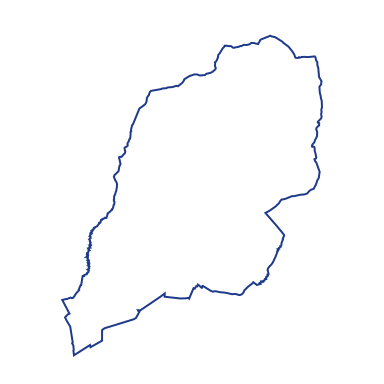 outline of Ciumani, Harghita, Romania, rotated 170°
{"feature_id": "2599482B61629303727972", "entity_name": "Ciumani", "entity_type": "district", "adm_level": 2, "iso_a3": "ROU", "parent_name": "Romania", "parent_adm1": "Harghita", "projection": "orthographic", "projection_center": [25.481, 46.64], "detail": "fine", "context": "isolated", "style": "outline", "palette": "blue", "viewbox_px": 384, "rotation_deg": 170, "n_neighbors": 0, "source": "geoboundaries", "source_scale": "gbopen_adm2", "svg_char_len": 5984}
<svg xmlns="http://www.w3.org/2000/svg" viewBox="0 0 384 384"><g transform="rotate(170 192 192)"><path d="M101.2,326.2L105.6,328.1L107.7,328.5L109.4,327.6L111.5,327.3L112.9,327.3L115.5,328.0L117.0,327.4L118.2,327.1L119.0,327.4L120.8,326.9L126.0,326.8L126.9,327.3L128.1,328.8L131.3,329.5L132.7,330.2L133.5,330.0L134.3,330.4L135.5,329.0L136.8,328.2L140.8,323.6L142.3,322.5L143.0,320.6L142.9,320.3L144.5,317.8L145.5,316.4L146.9,315.8L146.9,314.5L147.4,312.7L147.4,311.2L147.1,310.3L147.3,309.2L148.4,308.3L150.9,306.8L152.3,306.3L155.7,305.9L157.2,306.0L159.0,304.9L164.1,305.4L166.6,306.9L169.2,307.4L174.5,306.6L180.1,304.3L180.7,303.0L182.6,301.2L187.4,298.6L189.1,299.3L193.1,298.7L197.5,299.2L199.4,298.7L203.2,299.1L204.4,298.7L214.7,298.7L215.6,298.3L217.1,296.2L217.6,294.9L218.9,293.9L220.1,292.4L221.0,289.2L221.9,287.7L223.1,286.4L229.3,283.3L238.4,268.9L239.3,268.3L241.2,264.0L241.3,262.4L241.9,262.2L242.9,257.8L243.7,255.3L244.2,255.2L245.4,253.3L245.5,252.8L246.9,251.4L247.3,250.3L247.1,249.3L247.4,248.7L248.3,248.1L250.0,247.7L250.8,247.0L250.9,245.6L250.6,243.6L251.5,241.7L253.3,240.6L254.8,239.1L255.7,238.8L256.5,239.2L257.9,238.8L257.6,234.5L257.7,233.7L257.5,232.1L258.3,230.8L258.7,230.6L259.3,229.3L260.1,227.3L260.2,226.5L261.0,225.0L265.4,222.1L266.3,220.6L265.7,217.6L264.6,214.4L264.5,212.7L265.1,210.0L266.5,206.1L267.1,205.3L268.3,202.6L268.8,202.3L269.7,200.4L269.9,198.5L270.4,197.9L270.3,197.0L270.5,196.7L270.1,196.0L270.2,194.8L270.9,193.1L271.4,192.9L272.3,190.6L273.1,189.3L273.6,189.2L274.0,188.2L274.4,188.2L276.2,186.8L278.8,185.6L279.1,184.5L280.8,181.3L281.2,181.3L282.3,181.8L283.8,180.9L284.4,181.1L285.4,180.7L285.6,180.4L286.1,180.3L286.0,180.0L286.6,179.9L287.4,177.9L287.8,177.6L288.7,177.9L289.1,177.5L289.2,176.8L291.6,174.6L293.3,174.3L293.7,173.7L294.6,173.9L295.4,173.0L295.5,172.7L295.3,172.5L295.7,171.9L296.7,171.9L297.0,171.2L297.4,171.2L297.2,170.8L297.6,170.5L297.4,170.2L298.1,169.7L298.2,170.0L298.5,169.8L298.6,169.5L298.4,169.2L298.9,169.2L298.8,168.6L299.0,168.5L298.6,168.2L299.3,167.9L299.4,167.5L299.2,167.4L299.5,167.4L299.9,167.1L299.7,166.8L299.7,166.2L300.0,166.1L299.7,165.9L300.0,165.4L299.8,164.5L300.2,164.5L300.8,163.8L301.0,162.9L301.3,162.9L300.9,162.2L301.2,161.4L300.9,161.1L300.6,159.7L301.1,158.7L301.3,159.0L301.4,158.5L301.2,158.5L301.4,157.4L300.8,157.5L300.6,157.2L301.3,156.6L301.9,156.8L301.6,156.3L301.9,155.7L302.1,155.7L302.0,155.4L302.4,155.6L302.7,155.2L302.3,155.1L302.5,154.7L303.8,154.6L303.5,154.1L303.8,154.0L303.4,153.6L303.6,153.2L303.4,153.2L303.6,153.1L303.3,152.6L303.9,152.6L304.0,151.8L304.3,151.7L304.7,150.6L304.8,150.7L305.1,150.1L305.7,150.1L305.7,149.6L306.2,149.6L306.3,149.1L305.9,149.0L306.0,148.7L305.6,148.3L305.9,147.7L305.4,147.7L305.5,147.3L306.4,147.6L306.6,147.0L306.3,146.9L306.8,146.6L306.4,146.6L306.4,146.2L306.6,146.4L306.9,146.0L306.5,145.3L306.5,144.6L306.2,144.7L306.4,144.0L305.8,143.5L305.9,142.7L306.2,142.6L305.4,142.2L305.6,141.7L306.1,141.7L306.4,141.3L306.0,141.0L306.0,140.6L306.3,140.2L305.6,139.8L305.8,139.5L305.6,139.3L305.7,139.0L306.2,138.8L306.5,139.0L306.4,138.7L306.6,138.5L306.4,138.5L306.2,138.0L306.7,137.4L306.3,137.0L306.7,136.9L306.8,136.6L306.3,136.1L306.3,135.6L307.0,135.0L306.8,134.7L307.1,134.6L307.2,133.7L307.5,133.8L307.8,133.7L307.4,133.5L307.6,133.0L307.3,132.7L307.8,132.2L307.7,131.4L308.3,130.9L308.9,130.8L309.2,130.3L309.6,130.3L309.9,129.3L312.4,129.0L313.0,128.4L313.0,128.0L314.3,128.2L317.3,119.6L317.8,119.7L320.5,115.5L320.2,115.0L323.9,112.1L326.2,109.5L327.8,108.3L328.8,108.3L329.8,109.1L334.0,108.3L334.4,108.5L338.5,108.2L333.8,93.5L335.5,93.1L338.8,90.6L337.8,87.1L335.3,80.6L335.6,64.3L336.3,63.8L335.5,61.4L335.9,56.9L336.3,56.5L336.6,51.7L319.0,59.0L318.9,56.8L306.4,61.2L304.5,71.7L301.8,73.0L271.4,76.8L269.0,77.7L264.5,83.3L265.5,84.0L265.8,85.0L264.4,84.6L262.9,84.7L240.8,94.6L236.5,96.8L237.1,93.6L222.1,89.2L216.9,88.4L213.8,88.4L213.3,87.5L207.2,97.0L206.2,96.3L204.2,98.5L203.4,98.1L202.2,99.8L199.0,95.9L198.7,96.0L198.0,97.6L197.6,97.6L190.9,91.6L189.0,90.3L186.7,90.3L185.1,89.9L182.3,88.6L176.8,87.1L170.3,84.4L167.0,84.1L163.6,82.4L162.7,82.2L161.1,82.5L159.8,83.2L158.6,84.2L157.7,85.9L153.2,89.0L148.8,91.3L147.3,92.5L144.3,89.2L141.3,89.5L141.5,90.4L140.8,90.7L140.3,90.3L140.3,91.0L139.6,91.3L139.6,92.0L138.6,91.9L138.4,91.4L137.7,91.8L137.7,91.4L137.4,91.2L137.1,91.5L137.2,91.9L136.1,92.1L135.3,93.6L134.0,93.4L133.9,94.1L134.1,94.3L133.8,94.8L133.9,95.3L132.6,95.7L132.1,96.7L131.7,96.6L131.6,96.9L132.2,97.3L132.1,97.6L130.9,97.8L130.8,98.7L131.1,102.2L130.5,103.4L129.2,104.8L126.2,107.0L124.6,108.6L120.8,114.0L118.0,118.8L118.2,119.0L117.3,119.4L117.5,120.6L117.1,120.7L117.3,121.0L116.8,121.1L116.4,121.6L115.9,121.4L115.9,121.8L114.8,122.6L114.4,122.6L114.4,123.0L114.2,122.9L113.4,123.7L112.6,126.4L110.6,129.6L110.8,130.0L110.4,130.8L108.9,132.8L108.9,133.9L110.2,136.4L115.3,145.3L123.3,158.6L118.4,160.3L112.1,163.3L108.4,165.8L106.1,168.3L104.9,169.1L103.9,168.9L101.6,169.0L94.3,170.5L91.9,170.2L85.9,170.5L81.9,170.1L78.9,170.5L75.9,172.9L74.1,173.6L71.6,174.0L68.0,178.8L67.1,181.0L64.7,183.9L62.8,189.7L64.5,199.6L65.3,200.7L65.7,203.0L64.0,203.6L63.6,204.6L63.7,208.5L64.0,211.1L63.6,214.2L63.7,215.0L64.3,215.6L65.7,215.6L66.0,216.1L65.3,217.8L62.8,219.8L62.2,221.2L59.2,225.2L58.4,228.8L58.4,230.1L58.8,232.4L58.4,233.3L56.4,235.0L55.3,235.4L54.8,237.8L56.0,238.5L56.0,239.2L52.0,242.1L51.6,242.9L51.2,244.1L51.4,245.9L50.4,248.6L50.5,249.4L50.3,250.8L49.3,252.8L49.1,254.1L48.4,259.5L48.8,262.0L48.6,264.1L48.9,267.5L48.3,273.3L47.7,274.1L46.2,275.4L45.5,278.0L45.2,278.5L46.9,283.2L46.2,291.4L46.1,292.7L46.4,293.8L46.5,295.1L46.1,298.2L46.9,300.1L47.0,303.0L47.5,304.2L55.1,304.8L57.8,305.6L60.6,305.9L61.8,305.6L62.8,306.0L62.8,305.7L63.3,305.6L64.8,305.7L66.5,306.1L67.0,306.9L67.4,309.6L68.6,312.6L71.7,318.4L75.9,322.8L76.9,324.3L81.8,328.8L83.5,330.2L86.4,331.3L87.8,332.3L98.1,330.1L101.2,326.2Z" fill="none" stroke="#1e3a8a" stroke-width="2"/></g></svg>